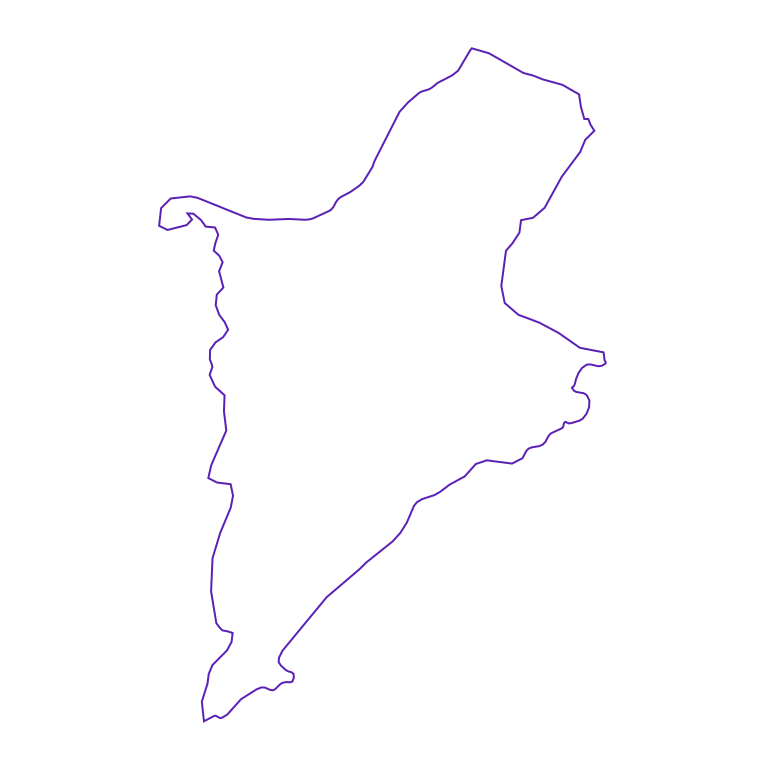 SVG path tracing the border of Khammouan, rotated 89°
{"feature_id": "LAO-3293", "entity_name": "Khammouan", "entity_type": "Province", "adm_level": 1, "iso_a3": "LAO", "parent_name": "Laos", "parent_adm1": "", "projection": "orthographic", "projection_center": [105.341, 17.58], "detail": "fine", "context": "isolated", "style": "outline", "palette": "violet", "viewbox_px": 768, "rotation_deg": 89, "n_neighbors": 0, "source": "natural_earth", "source_scale": "10m", "svg_char_len": 2549}
<svg xmlns="http://www.w3.org/2000/svg" viewBox="0 0 768 768"><g transform="rotate(89 384 384)"><path d="M194.8,594.0L193.0,574.5L194.6,567.2L215.1,518.8L216.6,511.4L217.8,496.1L217.3,476.4L218.4,460.3L218.2,456.3L217.3,452.4L209.9,435.6L208.7,433.8L206.4,431.7L201.1,428.7L198.6,426.9L196.4,424.1L191.6,414.6L185.4,405.3L181.7,401.3L166.7,391.7L160.9,389.6L112.1,363.7L103.0,355.2L93.7,344.0L92.3,341.4L90.4,334.8L89.6,332.8L88.3,330.7L83.8,325.0L76.7,310.6L72.0,304.4L51.7,291.9L49.9,290.4L55.1,273.4L75.5,239.1L78.2,229.5L82.1,220.3L88.0,200.4L97.8,183.9L110.3,182.3L122.5,179.1L122.6,175.2L125.2,174.1L127.9,173.2L134.5,169.3L143.5,178.6L155.3,183.7L179.8,202.6L210.6,220.3L220.4,232.1L222.6,244.1L235.1,246.0L245.5,253.1L252.9,259.7L288.0,265.0L305.1,261.9L317.1,248.5L325.4,227.6L335.9,208.7L351.2,187.6L356.2,163.9L364.4,163.0L366.0,161.9L367.4,162.2L369.5,165.7L370.0,169.4L368.0,177.3L368.2,181.0L371.5,185.8L376.6,189.4L382.3,191.9L387.3,193.2L389.6,194.3L390.3,195.7L391.2,196.1L394.0,194.2L395.3,191.9L396.7,184.5L398.6,181.5L404.2,178.9L410.9,179.4L417.2,182.0L422.0,185.8L423.9,188.8L426.5,197.8L426.6,199.8L425.9,201.5L425.2,202.8L425.0,203.5L426.4,204.8L430.0,205.6L431.2,206.6L436.4,218.2L439.0,220.5L444.5,223.5L447.1,226.1L448.8,229.7L449.9,237.2L451.1,240.5L453.3,242.8L460.7,246.9L460.7,247.0L465.0,255.7L465.8,257.4L462.1,282.5L465.6,293.6L477.8,304.9L485.9,320.4L492.9,329.9L495.9,335.4L499.8,348.0L502.8,353.2L506.6,356.3L523.0,363.6L533.2,370.3L541.5,378.1L562.1,404.8L568.7,411.7L596.2,445.1L648.8,490.1L655.7,493.7L660.3,494.2L663.9,491.8L668.4,487.1L669.8,484.3L670.6,481.5L672.2,479.5L676.2,479.3L680.0,480.9L680.6,483.6L680.3,487.1L681.1,491.1L682.7,493.4L687.1,498.0L688.2,499.9L688.0,502.9L685.5,508.2L685.2,511.7L687.0,516.6L696.6,532.4L711.9,546.6L715.1,552.3L715.0,554.2L712.9,557.7L712.7,559.2L718.1,569.9L698.4,571.7L680.5,565.7L670.9,564.3L662.1,560.5L647.7,545.7L639.2,540.9L630.3,539.7L628.6,544.7L627.5,549.9L624.0,553.1L620.2,555.8L588.4,560.5L555.3,558.5L530.1,550.4L504.9,539.4L493.0,536.9L481.5,539.1L479.6,552.7L475.0,561.3L462.3,558.2L427.8,542.5L408.4,544.5L392.5,543.6L383.8,552.9L371.9,558.2L364.0,555.3L360.2,556.2L356.5,557.7L347.0,557.3L339.5,551.8L334.2,543.9L327.0,538.9L319.4,542.2L312.0,547.5L302.3,550.9L291.7,549.6L284.7,542.9L268.4,546.9L259.4,543.2L252.7,546.6L247.7,551.9L240.0,550.1L231.9,547.1L224.6,550.2L223.5,559.5L216.9,564.1L210.4,571.6L210.0,577.5L216.2,573.1L221.7,578.6L226.2,597.8L221.9,606.1L204.3,603.8L194.8,594.0Z" fill="none" stroke="#5b21b6" stroke-width="2"/></g></svg>